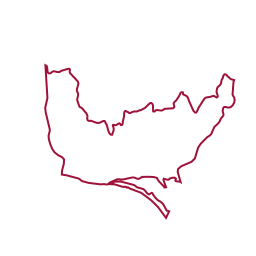 the County of Klaipedos, rotated 285°
{"feature_id": "LTU-935", "entity_name": "Klaipedos", "entity_type": "County", "adm_level": 1, "iso_a3": "LTU", "parent_name": "Lithuania", "parent_adm1": "", "projection": "robinson", "projection_center": [21.636, 55.706], "detail": "fine", "context": "isolated", "style": "outline", "palette": "rose", "viewbox_px": 256, "rotation_deg": 285, "n_neighbors": 0, "source": "natural_earth", "source_scale": "10m", "svg_char_len": 3643}
<svg xmlns="http://www.w3.org/2000/svg" viewBox="0 0 256 256"><g transform="rotate(285 128 128)"><path d="M65.9,76.1L70.1,75.3L76.6,75.3L81.1,74.4L82.8,71.7L83.6,67.8L85.5,63.3L88.3,60.1L92.3,57.1L96.4,54.6L99.8,53.3L104.9,53.2L106.6,52.7L114.0,48.7L122.1,44.3L126.2,42.8L136.1,42.4L141.8,40.5L167.2,32.0L166.8,33.4L165.4,34.3L161.4,35.8L160.6,36.5L160.3,37.5L160.5,38.4L161.1,39.2L162.0,39.7L163.0,40.6L163.7,41.8L163.7,44.7L164.0,46.2L164.3,47.3L165.6,48.5L166.3,49.3L169.5,54.6L170.0,56.0L169.7,56.6L168.7,56.9L167.6,57.0L166.6,57.4L165.8,58.0L165.1,59.5L164.4,60.5L163.9,61.0L162.6,63.4L159.9,67.6L159.0,68.1L157.9,68.7L152.4,68.6L150.9,68.9L150.0,69.5L148.8,70.6L147.9,71.1L146.8,71.3L142.5,71.5L141.3,72.0L136.0,75.6L135.2,78.5L131.4,83.9L130.2,85.0L129.2,85.7L126.6,86.1L125.2,86.9L124.8,87.8L124.8,88.5L125.1,89.4L125.4,90.3L124.9,96.1L125.0,97.4L125.4,98.7L125.9,99.5L127.9,101.7L128.4,102.5L128.7,103.6L128.2,104.3L126.6,105.3L126.2,106.0L125.7,106.5L119.8,110.0L118.3,111.2L117.6,112.1L117.2,112.7L117.2,113.5L117.4,114.4L122.1,114.7L123.1,114.5L124.5,114.0L126.6,112.6L127.2,112.8L127.4,113.5L127.3,114.4L127.4,115.3L128.7,116.8L129.6,117.5L130.1,118.1L130.3,118.7L129.9,119.3L129.3,120.0L129.0,120.6L129.5,121.5L130.4,121.7L131.7,121.6L133.0,121.3L138.4,121.2L141.0,120.5L142.8,120.4L143.6,120.8L143.9,121.3L143.6,122.1L143.5,122.9L143.4,123.7L143.2,124.4L142.8,125.2L142.9,126.0L145.1,128.8L145.5,129.5L145.7,130.2L146.2,132.2L146.8,133.0L147.6,134.0L148.1,134.6L148.4,135.6L151.7,139.1L157.7,142.8L158.2,144.0L157.8,144.8L157.2,145.7L156.4,146.2L150.6,148.0L150.8,149.4L152.4,150.4L152.8,151.2L153.5,155.8L154.2,156.9L155.8,158.2L156.3,159.3L158.6,166.2L159.8,167.2L161.0,167.1L162.9,165.9L163.9,165.7L165.0,166.1L167.3,167.5L171.8,169.0L175.5,169.7L176.2,170.2L176.5,170.6L176.6,171.8L174.8,172.5L174.0,176.4L173.2,177.6L171.7,178.8L169.8,180.0L161.4,186.9L160.3,188.8L160.6,189.9L161.9,190.4L165.4,190.8L176.1,194.2L177.1,195.0L177.8,195.8L179.2,199.0L180.9,201.8L181.1,202.6L181.1,203.4L180.4,205.6L180.9,206.3L181.9,206.5L183.3,205.8L185.3,204.4L186.1,204.1L189.0,203.8L190.1,203.9L191.2,204.3L193.3,205.8L194.5,206.2L195.7,206.3L198.1,206.0L199.1,206.1L200.0,206.4L200.9,206.6L202.0,206.6L202.9,206.5L204.8,207.3L205.0,209.0L204.6,209.7L203.7,210.7L203.2,212.1L202.0,214.2L201.8,215.1L201.8,218.1L199.7,218.0L187.5,220.3L186.1,221.4L184.8,222.7L182.7,223.8L180.1,224.0L177.1,223.3L174.6,221.7L173.6,219.4L173.6,217.1L173.2,215.5L171.9,214.8L169.0,215.0L166.0,216.6L165.1,216.9L164.0,216.6L161.2,215.3L157.3,214.6L155.1,213.5L151.3,211.1L143.5,209.9L141.6,208.7L139.7,206.9L131.8,202.4L127.2,200.8L115.9,200.5L111.8,198.1L104.9,189.4L101.4,187.0L98.6,187.3L89.4,192.8L89.6,192.1L89.1,188.9L89.1,187.8L89.8,187.2L90.6,187.4L91.4,187.4L92.1,185.9L91.8,184.8L91.1,183.1L90.2,181.7L89.4,181.0L88.5,180.4L88.2,178.9L88.3,175.7L87.1,175.6L80.6,180.1L80.0,179.0L80.0,178.7L80.3,178.6L84.6,171.5L85.6,170.4L87.3,168.8L87.3,165.4L86.0,159.7L84.7,155.4L84.5,154.3L84.0,153.9L82.9,153.0L81.9,151.9L81.4,150.5L81.5,148.8L81.7,147.7L81.7,146.6L81.4,145.1L77.3,137.1L76.4,134.6L76.1,132.0L75.4,130.5L70.8,124.8L69.7,123.9L68.7,123.4L68.0,122.5L67.5,119.0L66.5,116.2L64.8,104.3L64.8,98.0L65.1,96.5L66.1,94.5L66.4,93.2L66.4,81.1L65.9,76.1ZM58.2,189.3L51.0,188.0L59.4,177.5L64.2,169.1L68.8,157.5L70.0,145.6L70.7,143.2L70.1,142.5L70.7,141.2L69.8,138.3L70.1,129.5L69.2,125.6L72.8,128.9L74.4,135.2L74.5,147.5L74.3,149.3L73.2,151.7L73.0,153.4L73.0,158.7L71.7,161.0L69.9,163.3L69.3,165.5L71.4,167.5L71.4,168.4L69.8,169.8L67.7,172.5L65.9,175.7L65.2,178.6L63.7,181.5L58.2,186.8L58.2,189.3Z" fill="none" stroke="#9f1239" stroke-width="2"/></g></svg>